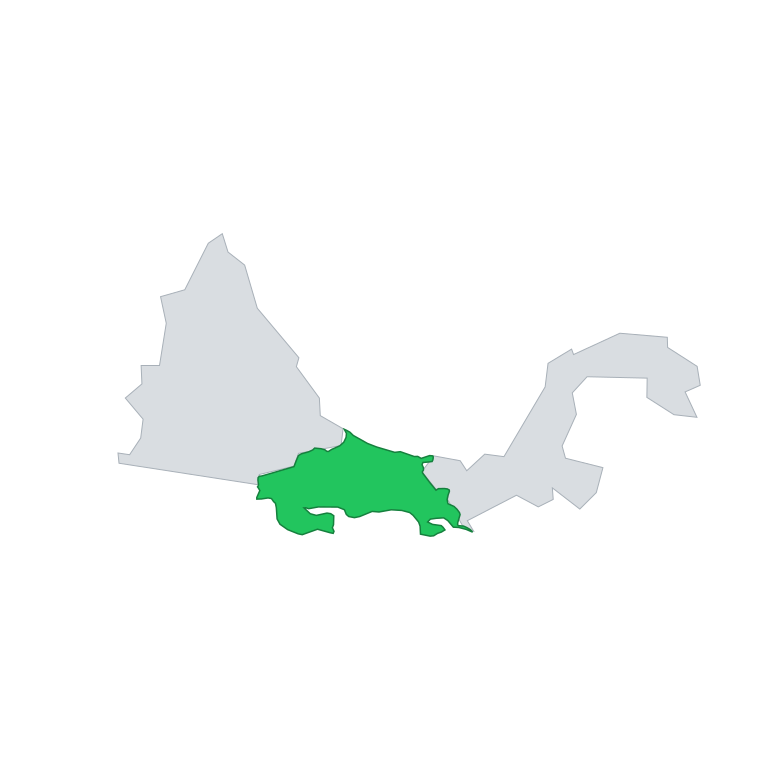 Costa Rica highlighted among its neighbors, rotated 322°
{"feature_id": "CRI", "entity_name": "Costa Rica", "entity_type": "country or territory", "adm_level": 0, "iso_a3": "CRI", "parent_name": "North America", "parent_adm1": "", "projection": "robinson", "projection_center": [-84.032, 9.63], "detail": "fine", "context": "with_neighbors", "style": "filled", "palette": "green", "viewbox_px": 768, "rotation_deg": 322, "n_neighbors": 2, "source": "natural_earth", "source_scale": "50m", "svg_char_len": 2695}
<svg xmlns="http://www.w3.org/2000/svg" viewBox="0 0 768 768"><g transform="rotate(322 384 384)"><path d="M636.0,521.6L630.0,529.8L641.6,562.9L632.4,579.7L616.4,575.6L610.1,602.9L593.6,586.7L582.9,556.4L595.0,541.4L548.5,503.3L526.9,506.9L516.9,526.4L486.2,542.5L481.3,554.2L505.0,584.7L484.4,600.3L461.3,603.1L452.7,569.5L446.3,579.1L429.9,575.8L419.9,553.2L365.5,543.0L364.0,555.2L358.3,546.7L363.1,513.9L370.5,507.3L360.2,498.9L359.9,476.3L379.0,471.3L396.8,491.4L395.8,503.3L420.2,501.3L433.8,515.1L509.2,485.5L526.0,468.7L553.3,472.0L551.5,477.5L601.1,489.2L636.0,521.6Z" fill="#d9dde1" stroke="#a8b0b8" stroke-width="1"/><path d="M324.2,394.1L312.3,406.0L273.9,386.0L262.6,393.3L230.0,378.5L222.6,385.7L126.4,283.3L131.9,274.6L140.0,283.1L159.0,276.8L172.5,263.4L171.5,235.8L193.3,234.9L204.0,219.9L218.5,231.2L249.8,202.1L261.7,177.6L285.0,187.1L332.2,164.9L349.1,166.0L342.3,184.0L347.4,204.5L330.8,246.3L333.1,310.9L325.6,316.4L324.4,355.3L314.3,369.7L324.2,394.1Z" fill="#d9dde1" stroke="#a8b0b8" stroke-width="1"/><path d="M378.2,470.7L377.9,471.7L377.0,472.8L375.8,473.9L374.2,474.7L370.3,472.4L366.4,469.8L364.3,471.0L363.5,474.3L362.1,476.1L360.3,476.7L359.6,477.8L359.4,489.1L359.6,499.7L362.5,500.0L367.3,503.6L369.4,505.8L370.1,507.8L369.5,508.8L365.9,511.1L362.5,514.0L360.7,517.7L363.8,523.6L364.4,527.6L364.3,531.8L363.5,533.8L356.8,538.6L355.3,540.3L355.5,541.5L359.2,544.9L360.9,548.1L362.4,552.0L362.6,555.3L359.2,549.1L354.6,543.1L350.5,539.5L350.2,530.9L348.6,526.2L342.5,522.0L337.3,519.0L333.4,519.6L335.8,524.5L341.9,530.8L342.3,533.2L342.2,536.5L338.0,536.0L334.3,534.7L329.7,534.2L326.7,532.3L320.3,524.8L324.9,518.3L326.3,514.1L326.1,505.4L325.1,501.1L320.2,494.6L312.3,487.6L301.3,481.8L296.2,477.1L283.3,473.5L278.4,471.1L274.6,466.7L274.0,463.6L275.4,458.7L271.8,452.5L256.5,440.4L247.9,435.9L246.1,433.3L244.7,432.4L246.0,440.8L249.8,445.9L259.6,450.6L262.2,453.4L263.3,456.9L257.6,463.8L254.8,465.5L253.9,469.3L252.0,470.4L250.1,468.2L242.2,457.5L226.8,452.4L224.1,449.2L218.4,439.4L215.7,430.5L216.7,424.5L223.0,415.2L225.0,411.2L224.6,408.7L224.8,405.0L222.5,402.4L216.6,399.1L212.9,396.4L213.9,395.1L220.6,391.5L221.0,388.2L221.0,387.2L222.1,386.9L223.1,386.1L223.7,385.2L225.5,382.1L227.1,380.3L228.9,380.0L231.2,381.3L239.6,384.7L248.9,388.4L262.2,393.7L267.8,390.3L272.5,387.7L275.8,388.1L283.0,391.1L287.3,392.1L289.9,391.8L294.5,396.2L297.0,399.6L297.4,401.8L298.8,403.0L302.4,403.3L311.1,405.5L316.5,405.1L321.3,402.7L324.0,399.8L324.8,395.3L326.0,397.5L327.5,401.1L328.1,405.6L334.4,420.7L339.4,429.1L350.4,444.5L355.2,447.4L363.2,459.8L366.0,461.8L367.5,465.5L375.9,468.5L378.2,470.7Z" fill="#22c55e" stroke="#15803d" stroke-width="1.5"/></g></svg>